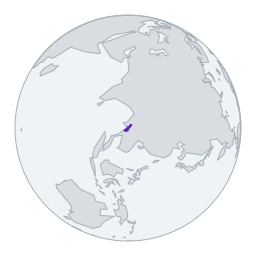 the Earth from above Kayin, rotated 70°
{"feature_id": "MMR-3266", "entity_name": "Kayin", "entity_type": "State", "adm_level": 1, "iso_a3": "MMR", "parent_name": "Myanmar", "parent_adm1": "", "projection": "orthographic", "projection_center": [97.58, 17.357], "detail": "fine", "context": "on_globe", "style": "filled", "palette": "violet", "viewbox_px": 256, "rotation_deg": 70, "n_neighbors": 0, "source": "natural_earth", "source_scale": "10m", "svg_char_len": 11339}
<svg xmlns="http://www.w3.org/2000/svg" viewBox="0 0 256 256"><g transform="rotate(70 128 128)"><circle cx="128" cy="128" r="113" fill="#eef3f6" stroke="#a8b0b8"/><path d="M235.3,162.0L235.1,162.7L235.0,162.9L235.3,162.0ZM176.2,26.2L177.5,27.1L182.0,29.6L178.2,27.7L189.1,34.3L193.0,38.0L186.4,32.7L184.1,31.3L185.6,33.0L183.5,32.0L183.0,32.4L180.4,31.2L176.8,28.6L175.0,27.8L176.2,29.1L174.3,29.0L172.8,27.2L169.3,26.8L162.6,23.2L160.8,20.6L154.9,18.8L151.0,17.7L159.6,19.9L168.0,22.7L176.2,26.2ZM185.7,31.9L184.6,31.0L186.4,32.2L185.7,31.9ZM183.4,32.7L184.4,33.3L183.7,33.2L183.4,32.7ZM179.1,31.5L177.8,31.4L178.5,31.0L179.1,31.5ZM176.6,31.0L173.3,31.2L175.2,32.5L168.1,29.2L173.2,30.0L173.8,29.2L174.8,30.2L176.6,31.0ZM149.8,17.5L150.1,17.6L146.9,17.0L149.4,17.5L145.5,16.9L143.2,16.5L143.4,16.4L141.8,16.3L140.9,16.1L149.8,17.5ZM164.6,27.6L163.3,27.4L164.0,27.2L164.6,27.6ZM138.8,15.9L139.4,16.0L136.1,15.7L136.9,15.7L138.8,15.9ZM152.0,18.1L149.0,17.8L148.6,17.8L145.5,16.9L152.0,18.1ZM135.3,15.6L135.8,15.6L134.4,15.6L132.4,15.5L134.7,15.6L135.3,15.6ZM141.0,16.1L141.3,16.2L140.1,16.1L141.0,16.1ZM124.4,15.4L126.5,15.4L127.1,15.4L124.4,15.4ZM134.1,15.6L134.8,15.7L135.3,15.7L134.0,15.7L134.1,15.6ZM143.5,16.7L142.1,16.6L144.6,17.0L142.3,16.9L140.7,16.4L140.4,16.5L139.7,16.5L139.2,16.2L143.5,16.7ZM134.2,15.9L131.3,15.6L127.4,15.5L126.7,15.5L133.1,15.6L134.2,15.9ZM137.2,16.1L135.2,15.9L135.3,15.8L136.8,15.8L137.2,16.1ZM141.4,17.0L145.3,17.4L145.5,17.5L141.4,17.0ZM133.0,15.9L133.7,16.0L132.7,15.9L133.0,15.9ZM138.8,16.6L140.1,16.7L140.4,16.8L138.8,16.6ZM134.1,16.3L133.1,16.1L134.1,16.1L134.1,16.3ZM136.2,16.5L135.0,16.2L136.8,16.5L136.2,16.5ZM138.8,16.7L139.4,16.8L138.2,16.7L138.8,16.7ZM131.0,16.7L129.2,16.1L131.4,16.0L132.8,16.5L131.0,16.7ZM38.8,59.2L37.3,61.4L38.5,63.7L38.1,65.1L34.5,69.6L32.7,79.6L36.2,76.5L37.9,83.3L41.3,85.4L48.6,76.7L43.1,73.1L45.6,67.9L52.7,67.0L58.1,70.8L59.2,68.9L58.7,63.2L62.9,61.0L58.9,61.0L58.3,63.2L55.8,63.5L56.2,61.5L57.6,60.7L56.8,59.0L50.1,63.8L48.8,66.6L45.0,65.2L42.5,69.9L40.4,71.1L43.9,63.8L45.7,61.7L49.8,53.3L47.4,55.3L43.5,63.5L43.4,62.4L40.2,65.8L42.6,62.3L47.5,53.4L46.0,52.7L39.0,59.2L39.1,58.8L39.2,58.6L49.2,47.5L48.0,49.5L50.7,47.1L55.3,42.6L54.5,43.8L56.3,42.3L56.2,43.1L60.4,41.0L61.0,41.7L66.8,38.0L67.9,38.0L64.2,40.1L61.9,42.2L63.9,44.6L65.5,44.3L69.1,41.8L69.2,43.0L72.5,40.3L75.7,41.0L74.5,38.1L78.7,35.7L82.9,34.8L84.0,33.6L77.3,35.2L74.7,36.3L72.9,38.1L65.8,41.5L64.3,41.3L70.8,36.2L69.3,35.7L75.1,32.4L89.9,29.4L94.0,30.0L92.0,35.8L88.6,36.8L87.7,35.1L84.8,38.8L86.8,37.4L86.9,38.6L91.0,37.0L91.2,37.8L94.7,35.1L95.4,35.9L93.2,37.6L99.8,36.5L102.5,38.0L103.9,37.4L104.6,36.3L107.6,39.2L108.5,38.7L107.8,37.5L109.2,35.7L112.8,33.8L113.6,34.9L112.4,35.8L111.2,39.3L108.0,41.6L108.7,41.9L111.7,40.2L113.1,35.8L115.1,34.4L114.8,36.4L115.1,35.5L116.3,35.2L118.2,36.0L118.7,33.9L130.8,30.1L135.8,31.6L134.3,33.5L143.6,33.2L148.6,35.7L148.0,34.5L152.1,33.9L150.6,33.1L150.6,32.5L160.4,31.7L163.4,32.6L166.9,31.6L166.6,31.1L164.6,30.3L168.1,29.2L175.2,32.5L175.5,33.4L179.8,35.1L179.9,37.2L182.0,40.0L179.6,41.9L181.5,44.2L182.9,44.6L186.5,48.4L188.9,55.3L180.5,47.7L175.8,38.7L177.2,42.0L174.9,40.8L174.2,41.8L175.4,44.4L176.7,45.0L168.7,48.1L167.6,55.6L172.4,55.4L175.7,57.9L178.7,67.9L171.2,81.6L175.6,86.5L176.2,89.7L172.9,91.6L172.1,86.9L168.4,85.2L168.4,82.5L162.9,84.5L162.7,80.7L158.5,84.4L160.5,87.5L165.5,86.8L162.0,92.1L167.5,97.6L168.5,104.2L160.6,115.8L152.0,119.2L151.5,121.3L147.9,118.9L143.3,123.0L150.3,135.0L150.2,138.5L142.7,144.9L142.5,142.3L132.8,135.7L131.2,143.9L138.5,151.0L141.0,158.9L135.5,156.3L132.9,149.3L129.5,146.7L130.3,139.6L127.2,128.8L121.6,130.5L121.9,126.3L116.8,117.2L108.7,119.3L95.9,129.4L94.3,140.2L89.8,144.4L83.9,127.9L83.7,117.2L80.0,117.6L75.3,107.8L62.5,104.4L62.1,101.5L59.4,102.1L56.3,98.4L56.2,93.6L53.7,93.1L54.3,105.6L57.1,106.3L61.5,102.8L61.0,107.1L64.2,111.8L55.6,119.9L39.0,123.7L39.7,115.5L39.5,90.9L40.8,88.8L40.9,88.5L41.1,88.0L38.6,91.3L39.3,86.7L36.9,103.0L35.5,109.6L38.7,124.1L37.8,125.1L39.6,128.4L48.1,128.2L47.7,130.9L42.1,141.7L32.4,154.3L35.1,166.0L36.7,175.2L33.7,178.8L37.1,186.3L36.0,187.5L38.0,191.4L38.9,194.6L39.2,196.7L36.9,194.2L32.4,187.6L28.4,180.7L25.0,173.5L22.0,166.1L19.6,158.5L18.5,153.9L17.2,147.3L15.4,130.8L15.6,123.5L15.8,119.6L15.7,119.1L16.6,111.0L18.2,103.0L20.3,95.1L22.9,87.4L26.1,80.0L29.9,72.7L34.1,65.8L38.8,59.2ZM61.3,80.1L66.1,82.4L68.1,75.7L70.2,76.1L70.1,73.9L68.3,75.2L68.8,69.3L72.4,68.5L74.0,65.9L72.4,65.1L65.8,67.6L64.9,76.0L62.0,77.9L61.3,80.1ZM65.8,34.8L64.4,36.0L62.3,37.2L61.6,37.2L64.6,35.3L65.8,34.8ZM62.9,37.4L69.6,32.9L70.4,33.0L68.8,33.6L68.6,34.2L66.1,35.4L60.2,40.3L58.0,41.9L57.8,40.5L59.1,40.0L60.4,38.7L62.9,37.4ZM85.6,23.9L88.5,22.7L86.3,24.4L83.8,25.4L82.9,25.2L85.3,24.0L85.6,23.9ZM132.4,15.4L131.3,15.4L129.9,15.4L130.0,15.4L132.4,15.4ZM129.8,15.4L127.9,15.4L127.3,15.4L129.8,15.4ZM125.7,15.4L125.3,15.4L124.9,15.4L125.7,15.4ZM107.8,17.2L110.4,16.7L110.6,16.7L108.7,17.0L112.1,16.5L112.3,16.5L116.6,16.2L121.5,15.8L123.2,15.8L121.4,16.0L124.3,15.9L122.0,16.4L123.2,16.5L122.1,17.2L118.0,17.8L119.6,17.9L118.8,18.6L115.5,19.3L116.2,18.6L112.0,20.0L111.0,19.4L110.5,19.6L108.5,19.5L105.2,19.9L105.3,19.6L104.0,19.9L102.6,20.0L100.8,20.4L100.3,20.0L98.1,20.5L99.1,20.1L95.5,21.1L98.0,20.2L96.4,20.5L94.8,21.2L96.1,20.0L107.8,17.2ZM130.5,16.9L125.8,17.3L122.9,17.3L126.0,16.2L125.3,16.0L127.1,15.6L131.2,15.7L130.3,15.7L130.4,15.9L129.1,15.8L130.2,16.0L129.0,16.1L129.5,16.4L127.8,16.4L130.5,16.9ZM39.7,63.9L39.8,64.6L40.4,65.1L38.4,67.4L39.7,63.9ZM42.9,57.8L43.3,57.9L40.7,61.0L40.7,60.5L42.9,57.8ZM45.7,55.4L43.5,57.7L44.6,56.1L45.7,55.4ZM64.8,40.2L65.4,40.3L64.6,41.0L63.3,41.7L64.8,40.2ZM102.7,24.6L103.5,23.9L104.3,23.8L107.8,22.5L108.8,23.1L107.1,24.0L102.7,24.6ZM46.5,77.7L44.2,78.9L44.3,77.7L45.0,77.5L46.5,77.7ZM40.1,72.8L40.5,75.1L39.6,73.4L40.1,72.8ZM104.3,24.9L105.7,24.3L105.4,25.0L104.3,24.9ZM109.7,23.4L109.7,24.1L109.3,23.0L109.7,23.4ZM92.3,228.2L94.6,229.3L92.9,229.1L92.3,228.2ZM48.4,178.3L49.2,192.7L45.9,191.5L43.2,186.5L41.5,177.4L44.7,176.0L45.6,172.3L48.4,178.3ZM168.5,176.7L171.7,177.0L171.6,177.5L168.5,176.7ZM165.2,175.1L168.9,175.2L164.5,176.2L165.2,175.1ZM170.3,175.2L174.1,174.1L175.7,173.2L175.4,174.2L170.3,175.2ZM162.7,175.2L148.7,175.2L143.1,173.9L144.5,172.1L153.5,172.6L162.7,175.2ZM144.1,172.0L135.5,166.7L123.5,151.2L127.8,151.6L140.3,161.2L139.5,162.8L144.7,166.9L144.1,172.0ZM164.6,162.6L163.8,167.3L156.1,167.0L152.6,166.2L150.2,160.2L151.6,157.1L154.5,157.2L165.4,146.5L169.3,149.0L166.0,153.5L169.1,157.6L164.6,162.6ZM94.8,141.2L97.3,148.0L94.8,148.7L94.8,141.2ZM169.7,138.9L165.4,143.7L169.2,137.4L169.7,138.9ZM171.9,133.0L172.2,135.3L170.4,133.1L171.9,133.0ZM151.6,124.6L148.5,125.1L148.4,123.5L152.2,121.8L151.6,124.6ZM169.3,109.8L169.6,114.7L169.1,116.4L167.6,113.5L169.3,109.8ZM114.8,30.5L108.8,31.5L105.1,33.1L104.1,35.0L102.9,32.9L108.6,30.5L114.8,30.5ZM128.8,29.9L129.6,28.5L131.0,29.1L131.0,29.5L128.8,29.9ZM128.1,29.1L125.9,27.6L127.5,26.9L128.9,28.2L128.1,29.1ZM114.9,25.7L113.0,25.9L113.3,25.3L114.9,25.7ZM201.9,213.0L200.8,213.9L208.8,206.5L201.9,213.0ZM189.1,218.2L190.6,215.4L193.9,214.4L191.2,217.2L189.1,218.2ZM216.1,198.2L217.9,195.8L216.6,197.6L216.1,198.2ZM181.4,208.0L160.2,215.5L155.9,214.9L157.8,212.3L155.5,204.4L156.9,204.5L157.0,198.9L169.9,193.3L179.4,183.2L185.7,183.3L191.0,175.8L197.2,175.7L194.9,181.4L200.7,184.3L206.2,171.3L208.2,183.9L211.3,187.6L210.4,195.2L198.9,209.6L193.8,212.9L193.5,212.0L191.2,213.6L188.6,213.6L188.5,209.8L186.2,211.3L189.1,207.9L185.4,211.1L184.7,208.6L181.4,208.0ZM225.0,177.6L225.5,177.7L225.7,179.4L225.0,179.5L225.0,177.6ZM233.9,165.6L233.7,166.5L233.3,167.2L233.9,165.6ZM235.0,162.9L234.6,163.8L235.3,162.0L235.0,162.9ZM229.6,168.7L229.7,169.4L229.4,169.8L229.6,168.7ZM229.4,168.5L230.0,167.1L229.7,168.4L229.4,168.5ZM227.5,162.6L228.0,161.8L228.1,162.2L227.5,162.6ZM176.4,176.9L180.9,173.0L183.3,172.6L176.4,176.9ZM227.1,161.3L226.1,161.5L226.3,160.8L227.1,161.3ZM227.3,159.6L227.3,158.7L227.7,160.8L227.3,159.6ZM225.5,158.0L226.7,159.4L225.3,158.2L225.5,158.0ZM224.7,158.4L223.8,157.9L223.9,157.6L224.7,158.4ZM212.9,162.3L216.6,167.6L213.4,168.0L209.9,164.9L206.7,168.9L199.7,169.2L201.4,166.8L200.6,163.6L193.1,163.0L191.6,161.0L194.3,159.3L189.2,158.0L194.8,156.5L197.0,160.8L200.2,157.0L205.3,157.3L210.2,158.1L213.9,160.8L212.9,162.3ZM194.7,166.3L195.6,166.3L194.7,167.7L194.7,166.3ZM222.0,155.9L223.4,157.7L223.2,158.3L222.5,158.1L222.0,155.9ZM214.8,159.9L218.8,155.5L219.7,155.4L217.0,160.1L214.8,159.9ZM218.0,153.3L219.7,153.5L220.6,155.4L220.2,156.0L218.0,153.3ZM183.2,163.1L183.0,164.4L181.5,163.5L183.2,163.1ZM185.2,162.2L189.6,163.3L184.8,163.3L185.2,162.2ZM171.3,158.6L172.6,161.5L177.0,159.4L173.7,162.3L176.5,167.0L175.5,168.9L172.7,163.7L171.5,169.2L169.6,169.1L168.7,164.6L170.6,158.8L172.6,156.4L180.3,155.1L171.3,158.6ZM185.2,158.6L184.0,155.3L184.9,152.9L186.2,154.6L185.2,158.6ZM180.3,147.1L177.0,143.3L174.1,144.9L179.8,139.1L182.1,143.7L180.3,147.1ZM177.3,138.4L174.6,139.9L177.3,136.6L177.3,138.4ZM173.8,138.6L173.4,135.8L175.6,136.1L173.8,138.6ZM178.7,138.5L179.0,133.7L180.2,136.5L178.7,138.5ZM172.1,129.6L177.1,134.0L170.8,132.3L170.0,123.2L172.6,122.9L172.1,129.6ZM183.0,93.0L182.0,90.5L184.2,89.8L184.2,91.7L183.0,93.0ZM190.4,86.3L184.4,88.9L179.5,91.3L181.3,92.4L180.7,96.7L177.7,92.8L180.7,88.1L184.6,87.0L184.6,83.6L187.0,81.2L185.6,77.0L186.5,75.1L189.0,78.7L190.4,86.3ZM184.8,75.2L183.2,68.1L187.6,68.9L188.9,70.7L187.8,73.5L185.6,72.9L184.8,75.2ZM184.1,66.7L181.9,66.1L174.8,56.2L174.5,54.4L182.1,61.9L180.5,61.8L181.4,64.2L184.1,66.7ZM164.1,28.0L163.4,27.4L164.7,27.9L164.1,28.0ZM149.7,32.1L149.9,31.4L151.4,31.8L149.7,32.1ZM151.4,29.8L149.6,29.8L151.2,29.3L151.4,29.8ZM145.6,30.0L148.7,29.5L146.2,30.6L145.6,30.0Z" fill="#d9dde1" stroke="#a8b0b8" stroke-width="1"/><path d="M127.6,125.7L127.7,125.8L127.8,126.0L128.0,126.1L128.1,126.3L128.2,126.5L128.3,126.6L128.3,126.8L128.2,127.0L128.3,127.2L128.3,127.3L128.7,127.7L128.8,127.7L128.8,127.8L129.0,128.0L129.1,128.3L129.3,128.4L129.3,128.5L129.5,128.6L129.7,128.8L129.8,129.0L129.7,129.0L129.8,129.0L129.7,129.1L129.7,129.3L129.8,129.4L129.8,129.5L130.0,129.8L130.0,130.1L130.3,129.9L130.4,129.7L130.4,129.8L130.5,129.9L130.5,130.0L130.4,130.3L130.3,130.5L130.2,130.4L130.0,130.5L129.9,130.6L129.9,130.8L129.9,131.0L129.8,131.3L129.9,131.7L129.9,131.8L129.8,132.0L129.8,131.9L129.7,131.9L129.6,132.0L129.4,132.1L129.2,132.2L129.0,131.9L128.9,131.8L128.9,131.6L128.7,131.4L128.6,131.2L128.5,130.9L128.5,130.7L128.5,130.4L128.8,130.4L129.0,130.4L129.0,130.2L128.9,130.1L128.8,129.9L128.7,129.8L128.6,129.7L128.4,129.6L128.2,129.5L128.1,129.4L128.0,129.2L127.9,129.2L127.8,128.9L127.8,128.7L127.9,128.3L127.9,128.2L127.8,127.9L127.7,127.8L127.8,127.7L127.7,127.6L127.6,127.4L127.5,127.5L127.4,127.5L127.3,127.3L127.2,127.3L127.3,127.2L127.2,127.0L127.2,126.8L127.2,126.7L127.3,126.6L127.3,126.4L127.2,126.4L127.2,126.2L126.9,126.0L126.9,125.9L126.9,125.7L126.7,125.5L126.4,125.5L126.3,125.4L126.2,125.3L126.2,125.2L126.3,125.2L126.2,125.1L126.3,124.9L126.2,124.8L126.2,124.7L126.1,124.4L126.0,124.2L125.9,124.2L125.9,123.9L126.0,123.8L126.3,123.8L126.5,123.9L126.6,124.0L126.6,124.3L126.7,124.5L126.8,124.5L126.9,124.8L126.9,125.0L127.0,125.0L127.1,125.4L127.3,125.4L127.5,125.4L127.5,125.5L127.6,125.7Z" fill="#8b5cf6" stroke="#5b21b6" stroke-width="1.5"/></g></svg>